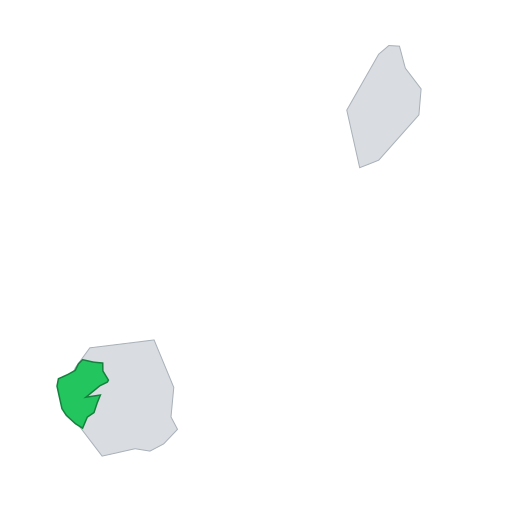 where Saint Mary sits in Antigua and Barbuda, rotated 43°
{"feature_id": "ATG-5097", "entity_name": "Saint Mary", "entity_type": "Parish", "adm_level": 1, "iso_a3": "ATG", "parent_name": "Antigua and Barbuda", "parent_adm1": "", "projection": "natural_earth1", "projection_center": [-61.844, 17.05], "detail": "fine", "context": "in_parent", "style": "filled", "palette": "green", "viewbox_px": 512, "rotation_deg": 43, "n_neighbors": 0, "source": "natural_earth", "source_scale": "10m", "svg_char_len": 753}
<svg xmlns="http://www.w3.org/2000/svg" viewBox="0 0 512 512"><g transform="rotate(43 256 256)"><path d="M299.0,479.4L279.9,507.3L213.4,496.0L200.1,461.1L197.1,436.5L238.7,386.9L285.5,408.2L303.6,431.7L316.8,436.3L316.6,456.4L311.5,471.0L299.0,479.4ZM280.4,102.2L271.6,120.7L222.9,87.4L208.1,24.8L209.6,11.5L217.8,4.7L237.1,16.8L262.8,21.2L278.9,41.7L280.4,102.2Z" fill="#d9dde1" stroke="#a8b0b8" stroke-width="1"/><path d="M246.6,500.2L238.3,501.8L225.9,501.9L218.2,500.0L199.2,486.9L195.2,480.5L199.2,471.0L201.8,462.9L199.7,456.1L199.9,450.1L209.6,444.4L216.9,438.8L222.4,444.5L232.7,447.4L233.3,449.5L230.3,457.4L227.9,475.3L237.0,463.8L240.0,471.7L244.3,481.0L242.5,488.9L246.6,500.2Z" fill="#22c55e" stroke="#15803d" stroke-width="1.5"/></g></svg>